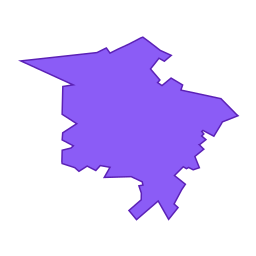 the district of Gweru Urban, Midlands, Zimbabwe, rotated 92°
{"feature_id": "62879985B64547719639207", "entity_name": "Gweru Urban", "entity_type": "district", "adm_level": 2, "iso_a3": "ZWE", "parent_name": "Zimbabwe", "parent_adm1": "Midlands", "projection": "equal_earth", "projection_center": [29.828, -19.456], "detail": "fine", "context": "isolated", "style": "filled", "palette": "violet", "viewbox_px": 256, "rotation_deg": 92, "n_neighbors": 0, "source": "geoboundaries", "source_scale": "gbopen_adm2", "svg_char_len": 1130}
<svg xmlns="http://www.w3.org/2000/svg" viewBox="0 0 256 256"><g transform="rotate(92 128 128)"><path d="M111.9,18.5L111.0,19.6L110.9,19.8L95.1,36.5L95.4,36.4L88.4,75.7L88.2,76.4L87.0,76.1L83.1,74.9L76.6,86.7L84.4,95.5L81.6,100.0L78.9,97.8L68.2,107.6L62.3,103.2L57.2,99.5L60.0,94.0L53.9,87.3L49.3,98.5L41.6,109.2L36.7,116.3L37.5,118.3L44.0,129.8L49.0,139.7L49.5,140.7L53.8,148.6L48.8,152.4L49.1,153.1L53.7,161.6L64.7,237.5L86.8,184.3L88.8,194.6L116.6,194.3L125.5,179.4L128.1,183.1L135.1,193.1L142.2,193.4L147.7,182.0L150.0,184.3L152.5,193.0L163.8,192.9L165.8,192.6L168.8,182.1L169.5,179.8L173.0,175.5L167.5,167.5L171.6,158.7L170.3,157.6L166.5,154.4L167.9,144.6L178.2,150.0L176.5,123.1L181.3,111.9L184.5,111.1L185.4,115.1L192.6,112.4L199.3,112.3L210.4,124.2L219.3,116.3L199.9,95.3L217.9,84.2L205.8,75.2L202.3,79.3L187.8,72.2L182.2,68.7L173.9,79.9L173.1,79.2L164.8,71.4L166.6,68.2L165.3,66.0L167.5,61.4L165.2,55.3L154.1,60.2L146.5,51.5L146.2,51.9L142.2,56.2L142.1,55.8L136.9,49.7L133.4,54.1L131.3,52.0L128.9,54.2L127.8,53.0L133.2,41.9L121.0,35.1L118.6,33.9L111.9,18.5Z" fill="#8b5cf6" stroke="#5b21b6" stroke-width="1.5"/></g></svg>